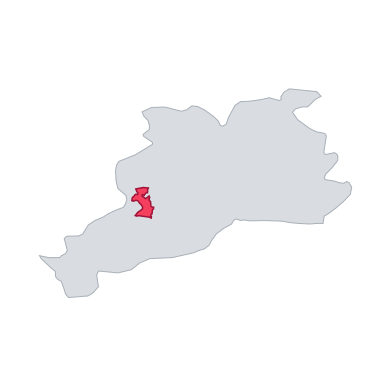 where Šentjur pri Celju sits in Slovenia, rotated 173°
{"feature_id": "SVN-220", "entity_name": "Šentjur pri Celju", "entity_type": "Municipality", "adm_level": 1, "iso_a3": "SVN", "parent_name": "Slovenia", "parent_adm1": "", "projection": "robinson", "projection_center": [15.433, 46.187], "detail": "fine", "context": "in_parent", "style": "filled", "palette": "rose", "viewbox_px": 384, "rotation_deg": 173, "n_neighbors": 0, "source": "natural_earth", "source_scale": "10m", "svg_char_len": 2854}
<svg xmlns="http://www.w3.org/2000/svg" viewBox="0 0 384 384"><g transform="rotate(173 192 192)"><path d="M351.1,147.4L342.1,144.3L331.3,143.0L329.3,144.7L325.0,146.3L322.8,149.4L324.5,161.3L321.9,163.4L309.7,162.2L305.6,163.6L299.0,171.9L292.1,175.4L283.4,177.9L277.0,180.9L268.9,183.5L262.0,185.1L259.2,188.7L257.6,192.7L258.0,196.6L265.1,204.3L266.0,212.4L265.3,222.4L263.7,227.8L260.9,231.3L243.5,235.9L225.5,244.1L225.1,246.0L233.3,253.3L233.6,255.1L226.8,259.2L226.1,263.4L226.9,268.2L230.5,273.1L231.8,277.6L221.9,280.8L208.5,279.6L192.6,273.4L187.0,274.3L181.6,277.5L176.1,276.2L170.1,272.4L161.5,264.4L157.4,259.5L155.7,254.4L153.4,253.6L149.8,255.1L146.8,261.4L138.8,272.7L133.0,275.8L124.1,275.1L111.7,275.3L104.0,276.2L94.5,272.2L92.2,273.0L92.2,275.6L88.7,279.8L82.8,282.5L56.0,276.4L52.2,271.3L58.3,268.9L66.8,262.4L72.5,263.1L79.5,261.7L82.6,258.9L78.2,250.7L67.2,240.5L61.3,236.6L53.2,234.0L51.8,231.3L56.4,215.2L55.1,212.9L45.8,213.7L43.6,212.0L42.9,209.2L43.6,205.4L49.9,199.2L56.9,193.6L58.8,190.5L58.6,188.1L49.7,185.6L44.3,183.1L40.1,182.2L37.2,183.6L35.0,182.0L32.9,177.4L35.1,170.4L43.2,163.8L51.8,158.1L59.4,153.8L63.7,152.0L65.8,144.8L70.3,145.5L79.1,145.9L89.0,147.6L98.2,149.6L106.2,152.1L123.2,154.8L138.7,156.4L143.3,157.9L147.2,157.8L151.8,160.0L154.6,158.3L156.6,155.4L165.1,152.0L172.9,147.5L178.3,141.7L181.4,137.2L186.7,134.0L192.4,133.1L197.6,131.5L219.5,129.3L242.0,131.0L252.7,127.9L261.6,122.3L274.5,120.8L275.2,120.7L294.5,125.0L295.9,122.5L296.8,121.4L296.4,109.4L302.5,103.9L308.1,101.5L327.4,102.3L329.9,106.0L330.9,111.7L332.7,119.4L335.9,121.5L337.7,124.6L337.4,129.9L341.2,133.8L350.0,144.6L351.1,147.4Z" fill="#d9dde1" stroke="#a8b0b8" stroke-width="1"/><path d="M234.3,187.5L234.4,184.3L234.6,183.5L234.4,182.8L234.1,182.3L231.9,181.5L232.3,179.9L233.1,179.3L233.6,178.8L233.8,177.5L234.4,175.1L234.9,174.8L235.4,174.2L235.8,173.9L236.0,173.2L235.6,172.7L235.3,172.5L235.6,171.1L237.6,172.3L248.2,175.1L248.8,175.0L249.4,174.7L251.2,175.5L250.6,176.1L250.3,176.5L249.7,177.0L248.5,178.3L246.9,179.2L245.8,179.7L244.0,180.8L243.1,181.6L242.9,181.9L242.8,182.5L243.1,183.5L243.9,185.4L245.8,187.8L246.0,188.5L246.5,189.5L247.3,190.1L248.7,190.6L249.9,190.3L250.9,190.2L251.4,190.0L252.8,190.8L251.8,193.9L250.0,195.0L248.9,196.2L248.1,196.6L247.3,196.5L247.0,196.3L246.3,196.2L246.0,196.8L245.8,197.5L246.8,199.3L247.4,201.9L239.9,202.4L234.8,201.3L235.7,199.8L236.0,199.1L235.9,198.1L236.3,196.7L237.0,196.8L237.4,196.8L237.9,196.6L238.6,195.8L239.4,195.2L239.6,195.0L239.7,194.6L240.1,194.5L240.4,194.8L240.8,195.2L241.2,195.5L241.6,195.5L241.8,195.3L241.9,194.9L242.0,194.5L242.1,194.2L241.9,193.8L241.6,193.4L240.6,192.9L240.3,192.6L239.4,191.6L239.2,191.2L238.7,191.1L238.4,191.2L235.1,193.3L234.7,191.5L235.3,190.5L235.5,189.2L234.3,187.5Z" fill="#f43f5e" stroke="#9f1239" stroke-width="1.5"/></g></svg>